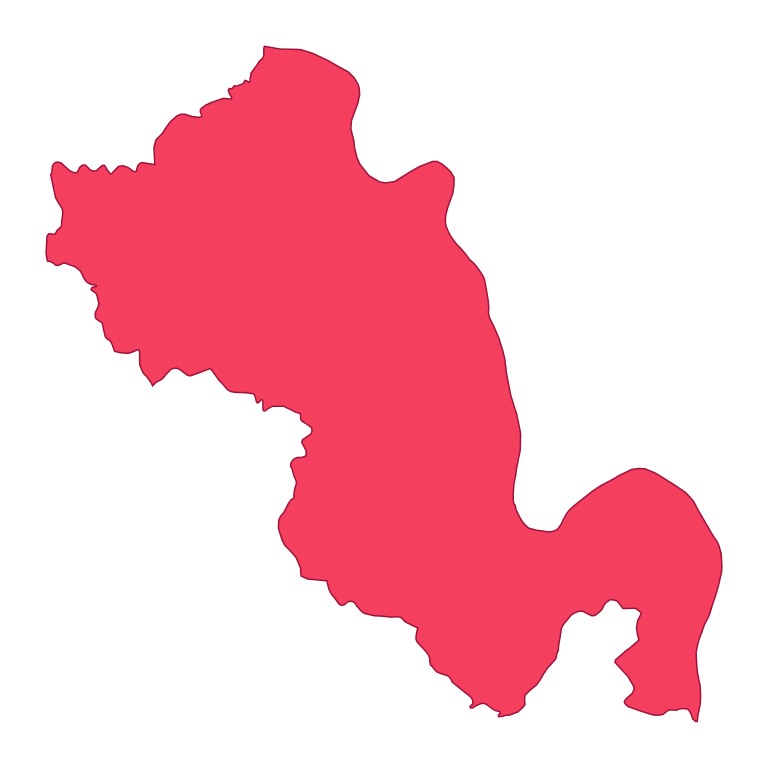 outline of Phu Ninh, Phú Thọ, Vietnam
{"feature_id": "81297802B64104222015073", "entity_name": "Phu Ninh", "entity_type": "district", "adm_level": 2, "iso_a3": "VNM", "parent_name": "Vietnam", "parent_adm1": "Phú Thọ", "projection": "albers", "projection_center": [105.302, 21.456], "detail": "fine", "context": "isolated", "style": "filled", "palette": "rose", "viewbox_px": 768, "rotation_deg": 0, "n_neighbors": 0, "source": "geoboundaries", "source_scale": "gbopen_adm2", "svg_char_len": 6026}
<svg xmlns="http://www.w3.org/2000/svg" viewBox="0 0 768 768"><path d="M50.7,174.7L55.6,197.8L59.3,204.2L61.9,208.0L62.7,211.0L62.7,214.2L61.7,221.6L61.5,226.2L57.1,230.4L56.1,232.4L54.7,234.2L52.7,234.2L49.1,233.6L47.3,235.6L46.9,237.4L46.1,253.3L46.7,257.9L47.5,261.1L51.0,261.7L54.0,263.7L55.6,265.1L58.0,265.5L63.6,263.1L65.6,263.3L75.0,266.7L79.5,270.2L81.5,272.9L83.0,276.5L84.9,279.8L86.2,281.4L88.5,283.2L91.6,284.6L95.5,285.0L96.5,285.9L96.3,286.7L93.6,286.9L92.1,287.6L91.3,288.5L91.1,289.2L91.5,290.2L95.5,292.9L96.3,293.8L97.0,295.5L98.8,303.3L98.0,307.2L95.4,312.2L95.2,316.6L95.9,318.6L99.3,321.1L101.7,322.5L102.3,323.8L102.9,326.0L103.7,330.1L105.3,336.7L106.8,338.6L110.4,341.0L112.0,344.1L114.6,351.3L119.7,352.6L128.0,353.4L132.5,352.0L137.4,349.8L138.6,350.1L139.6,351.4L139.7,364.5L141.7,369.9L143.7,373.7L146.5,376.3L151.4,383.1L152.6,385.8L156.2,382.2L161.9,379.2L164.3,376.7L165.7,374.6L171.0,369.3L174.4,368.1L177.5,368.4L180.3,369.8L186.9,375.0L189.0,375.7L190.9,375.7L199.6,372.6L210.1,368.5L212.5,371.2L219.8,381.2L222.1,383.3L227.5,389.7L230.4,391.4L234.4,392.3L245.5,392.7L253.2,393.7L254.9,395.6L256.6,402.3L257.8,403.0L259.6,401.6L260.9,399.6L262.8,400.3L263.0,408.5L263.3,410.6L264.9,411.0L268.1,408.6L272.4,406.3L283.7,406.2L286.6,407.7L292.1,410.2L294.5,411.7L300.3,413.6L300.8,419.3L302.2,421.4L306.5,424.0L310.9,427.1L312.0,429.1L311.8,431.9L310.9,434.0L302.5,439.8L301.7,442.2L306.1,450.7L306.3,454.5L305.2,456.3L301.8,457.4L297.5,457.5L294.3,458.7L292.4,460.6L290.8,463.4L290.6,466.1L292.2,469.1L293.7,475.1L296.3,481.1L296.3,484.2L295.1,487.5L294.4,490.3L293.8,496.1L294.2,497.5L293.5,498.4L291.1,499.7L288.5,503.3L284.0,512.1L280.6,516.2L278.9,519.9L278.5,523.3L278.5,528.6L282.1,540.0L284.5,544.9L291.0,551.6L296.1,557.5L298.3,562.5L300.6,568.3L300.7,572.1L301.2,576.1L307.7,579.0L326.8,580.8L329.1,589.7L331.5,594.2L335.0,598.4L338.9,604.0L341.3,605.3L344.0,604.9L348.7,601.3L352.8,601.5L354.7,602.9L357.4,606.7L360.8,610.6L363.7,613.1L368.4,614.4L374.7,615.8L380.5,616.0L391.0,617.1L397.0,616.7L400.6,617.3L402.8,619.0L404.9,621.6L412.2,625.4L417.7,627.9L416.1,635.7L416.0,639.3L417.2,642.1L425.0,650.4L428.6,655.2L429.6,658.0L429.8,661.8L430.5,665.0L432.4,666.6L434.3,669.2L436.8,671.9L440.1,673.3L447.8,675.8L449.5,677.3L451.0,679.2L452.1,682.0L471.1,697.3L472.6,700.1L472.9,702.7L472.4,704.2L470.0,706.5L470.2,707.3L470.9,708.0L472.6,708.0L475.3,706.1L480.5,703.7L482.7,703.4L485.1,703.7L488.2,705.6L492.5,708.9L495.5,710.6L499.9,711.6L500.2,713.1L499.0,714.3L498.3,715.3L498.6,716.7L502.6,716.3L506.5,715.1L509.1,715.3L517.9,711.9L522.3,707.9L524.7,705.1L525.1,703.9L524.7,702.7L524.7,696.7L525.1,695.1L529.5,690.7L536.6,684.8L539.8,680.4L543.0,674.8L547.8,667.6L550.2,665.2L555.8,658.8L557.0,653.2L558.2,650.9L558.6,645.7L560.2,636.5L561.4,628.1L563.4,624.5L571.0,615.3L573.7,613.3L578.5,611.3L583.0,611.2L585.7,612.9L592.0,615.8L595.2,615.4L599.2,612.2L601.6,609.8L604.0,605.4L606.0,602.6L610.0,599.8L612.7,599.8L617.1,601.0L623.1,608.6L633.8,608.2L636.2,608.7L641.4,612.8L639.8,616.6L637.8,620.2L636.6,627.0L636.6,628.8L637.3,633.4L638.9,640.2L629.8,648.0L625.2,651.4L615.6,659.8L615.0,662.4L627.8,676.3L633.2,685.4L634.2,688.6L632.6,693.0L626.2,698.7L624.3,701.5L624.9,703.6L628.0,706.5L639.3,710.6L649.9,714.0L654.0,715.1L659.2,715.1L663.3,714.3L667.2,711.0L668.8,710.2L671.3,709.9L676.5,710.2L679.4,708.9L682.5,708.6L687.4,708.9L689.2,710.7L691.0,713.9L692.8,719.0L695.9,721.7L697.3,721.4L698.0,714.4L698.5,712.6L700.1,704.7L700.5,700.1L700.6,695.6L700.1,685.2L699.2,682.0L697.5,672.6L696.8,666.6L696.1,652.6L697.2,646.7L698.0,643.1L699.2,639.1L700.6,635.2L701.7,632.8L703.1,628.2L704.7,624.0L707.6,618.6L709.6,614.1L712.9,603.3L715.4,596.2L718.3,586.2L721.5,572.3L721.9,567.2L721.2,553.7L718.9,545.6L717.1,541.6L713.2,536.0L696.8,507.9L695.6,505.0L692.7,500.2L685.6,492.5L672.2,483.5L655.6,473.2L644.9,468.8L639.0,468.5L631.8,469.4L619.1,475.5L613.7,478.8L600.6,485.8L593.1,490.7L574.1,505.7L569.7,509.7L566.6,513.7L563.6,519.1L561.2,524.1L559.0,527.4L556.6,529.9L552.4,531.5L548.5,531.9L536.4,530.2L528.6,528.1L524.9,524.6L522.5,521.8L520.2,518.1L515.8,509.2L515.3,505.5L513.7,503.3L513.2,499.7L513.2,494.0L513.9,483.9L515.6,475.6L516.6,468.0L520.2,450.3L520.6,434.7L520.1,430.7L516.5,413.3L515.3,410.2L510.6,394.8L506.8,375.1L505.9,368.9L506.0,367.8L505.2,363.8L505.3,362.5L504.7,358.8L503.1,351.9L499.0,338.5L493.9,326.6L489.8,318.4L488.8,315.1L488.4,312.3L488.8,307.9L488.2,300.9L486.4,289.7L484.5,279.7L483.1,276.2L479.4,270.4L474.3,263.8L469.5,259.5L466.6,255.4L462.3,250.2L455.8,243.3L450.8,236.3L448.6,232.3L446.8,228.1L445.6,224.3L445.4,221.0L445.7,215.4L447.5,208.2L452.8,193.2L453.9,186.0L454.1,177.5L450.7,171.9L446.7,167.9L441.9,164.0L437.2,161.5L432.9,161.4L420.0,166.3L411.2,171.2L394.6,181.6L385.6,182.9L379.7,182.0L368.9,175.6L360.0,164.4L356.9,157.5L354.5,147.4L353.7,140.3L350.8,128.5L351.5,120.4L357.9,103.0L359.7,94.5L359.2,88.2L357.9,84.0L354.0,77.6L348.1,71.8L336.7,65.6L328.6,60.9L312.8,53.4L301.2,49.8L297.3,49.4L280.2,49.1L264.4,46.3L263.8,49.0L263.8,56.0L262.4,58.6L259.4,61.1L257.0,65.0L254.0,68.9L250.8,73.6L251.0,75.0L250.2,78.0L249.9,81.3L248.9,82.3L246.7,80.8L245.0,80.4L243.3,83.6L236.6,86.2L234.3,85.8L231.9,88.8L229.3,88.5L228.3,90.1L229.5,93.9L231.5,97.2L231.7,98.5L229.3,99.1L226.3,98.5L223.3,98.4L211.9,102.3L206.2,104.9L202.1,107.7L200.4,109.6L200.3,112.0L201.8,115.6L200.7,117.1L198.6,117.3L192.4,116.6L184.7,114.2L181.0,114.2L177.0,115.9L170.3,121.7L165.1,129.0L162.6,133.1L155.9,140.0L154.2,146.4L154.0,149.1L154.8,164.6L142.2,162.6L140.3,163.1L139.0,164.2L137.7,165.9L136.1,171.6L135.0,171.8L133.1,171.1L128.4,167.7L125.2,166.5L123.4,165.8L119.9,166.1L118.2,166.7L111.7,173.5L110.5,173.9L110.1,173.6L106.7,169.1L105.0,165.9L104.2,165.2L102.3,165.4L96.1,170.9L93.0,171.0L90.4,170.0L85.4,165.1L82.6,165.1L81.2,166.0L79.8,167.3L77.7,171.6L76.5,172.6L75.1,172.8L73.2,172.4L69.6,170.6L65.6,167.1L61.1,162.9L57.3,162.0L55.3,162.6L53.5,164.1L52.4,166.1L51.8,172.9L50.7,174.7Z" fill="#f43f5e" stroke="#9f1239" stroke-width="1.5"/></svg>